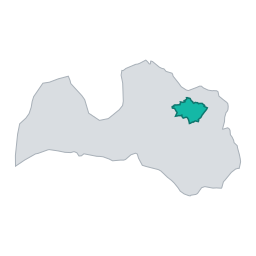 Latvia, with Gulbene highlighted
{"feature_id": "LVA-1083", "entity_name": "Gulbene", "entity_type": "Municipality", "adm_level": 1, "iso_a3": "LVA", "parent_name": "Latvia", "parent_adm1": "", "projection": "orthographic", "projection_center": [26.543, 57.177], "detail": "fine", "context": "in_parent", "style": "filled", "palette": "teal", "viewbox_px": 256, "rotation_deg": 0, "n_neighbors": 0, "source": "natural_earth", "source_scale": "10m", "svg_char_len": 3102}
<svg xmlns="http://www.w3.org/2000/svg" viewBox="0 0 256 256"><path d="M190.2,195.9L188.6,195.6L184.1,193.9L180.3,191.2L178.0,187.7L174.1,182.9L171.5,180.4L167.5,177.3L160.9,171.0L158.4,169.6L146.6,166.6L142.3,165.3L138.5,158.1L137.3,154.0L135.4,153.2L133.2,154.0L130.9,154.8L125.5,159.5L123.7,160.1L120.4,160.1L112.6,160.8L109.1,159.0L103.1,156.8L99.8,156.4L96.8,156.3L83.9,153.8L81.4,155.8L79.0,156.0L76.8,152.7L74.0,151.6L70.7,152.6L64.9,152.3L58.1,150.9L49.3,149.6L48.0,149.8L38.0,153.4L35.5,153.9L24.4,160.2L15.5,166.2L15.4,155.5L17.6,134.2L19.7,123.8L25.9,118.1L29.1,113.6L31.2,107.3L32.2,101.4L33.7,96.6L42.9,83.2L49.4,82.2L58.4,78.8L68.3,76.2L70.0,80.4L70.8,83.6L81.9,95.7L84.7,99.7L88.7,113.2L99.5,120.4L108.3,118.6L112.2,115.5L119.3,109.7L122.6,105.5L123.3,101.2L122.7,83.1L121.1,75.2L121.9,70.4L123.1,70.6L126.0,68.4L135.7,64.3L137.6,64.1L139.7,63.3L145.8,60.1L147.7,61.9L149.2,63.9L150.1,64.0L150.6,63.2L150.5,62.0L150.9,61.0L152.6,61.6L159.4,67.2L162.1,68.5L163.9,68.8L166.1,71.4L172.0,73.2L172.7,74.5L173.1,76.2L178.7,83.2L181.2,86.7L186.1,89.9L188.3,90.6L197.0,87.3L199.4,86.2L201.4,86.2L203.4,87.9L208.1,90.1L212.4,90.8L213.1,90.6L216.7,90.8L218.0,91.7L218.9,96.1L223.0,99.5L226.8,102.4L227.8,103.7L228.2,106.3L228.0,109.3L227.5,110.8L226.0,112.7L224.7,117.2L224.5,121.6L222.5,129.1L223.0,129.2L227.6,127.8L228.9,128.5L230.0,130.2L230.4,134.8L232.0,136.9L233.6,140.2L234.1,142.7L237.2,145.7L237.5,147.7L239.4,154.7L240.2,158.7L240.6,161.8L239.8,165.8L239.1,168.5L238.1,168.3L235.5,169.1L231.3,172.4L225.0,180.1L223.4,181.8L221.8,187.6L221.4,188.2L217.7,188.0L216.7,187.9L212.9,188.1L204.8,186.6L201.6,187.7L197.5,193.5L195.9,194.4L191.0,195.2L190.2,195.9Z" fill="#d9dde1" stroke="#a8b0b8" stroke-width="1"/><path d="M176.0,105.0L180.0,104.7L180.1,104.3L180.1,103.6L180.4,103.2L180.6,102.7L180.5,102.4L180.4,101.9L183.0,102.4L184.9,101.9L185.1,101.4L185.1,101.1L184.6,101.3L184.4,101.3L184.2,101.2L184.0,100.8L184.1,100.6L184.9,100.4L185.2,100.2L185.7,99.8L186.5,99.4L186.6,99.0L186.7,98.7L186.5,97.7L187.9,97.7L188.1,97.9L188.2,98.1L188.6,98.3L189.3,98.2L190.1,98.5L190.9,100.1L191.3,100.8L192.7,101.7L192.8,102.3L192.8,102.5L193.8,103.3L194.8,102.6L195.2,102.4L196.1,102.6L197.5,102.8L197.6,102.7L197.8,102.8L198.4,103.7L199.6,103.4L202.2,103.4L203.2,104.4L204.4,105.2L204.6,105.4L204.4,105.7L204.0,106.1L204.0,106.3L204.3,106.5L207.3,107.8L206.6,109.3L205.4,110.9L204.6,111.8L202.9,114.1L202.5,114.6L202.0,115.2L201.2,116.9L200.5,117.8L199.6,118.4L198.3,119.6L198.6,120.3L198.7,120.5L198.3,121.6L196.4,121.2L195.9,121.0L195.2,121.0L194.5,121.3L194.2,121.6L193.5,122.1L193.3,122.1L193.1,121.9L191.4,122.6L190.5,123.2L189.4,123.5L189.1,121.8L188.6,120.1L188.3,119.2L187.6,118.1L187.2,117.5L186.1,117.2L183.2,118.1L182.0,116.6L181.8,115.1L180.3,115.7L178.5,115.6L177.5,115.9L175.5,116.2L176.0,115.1L176.2,114.5L176.9,113.3L177.0,113.0L177.1,112.5L176.0,110.9L175.1,109.2L174.7,108.7L174.3,108.4L173.9,108.3L172.4,108.1L172.1,106.8L172.2,106.6L172.4,106.4L173.5,106.4L173.8,106.4L173.8,105.6L174.3,105.1L175.1,104.9L176.0,105.0Z" fill="#14b8a6" stroke="#0f766e" stroke-width="1.5"/></svg>